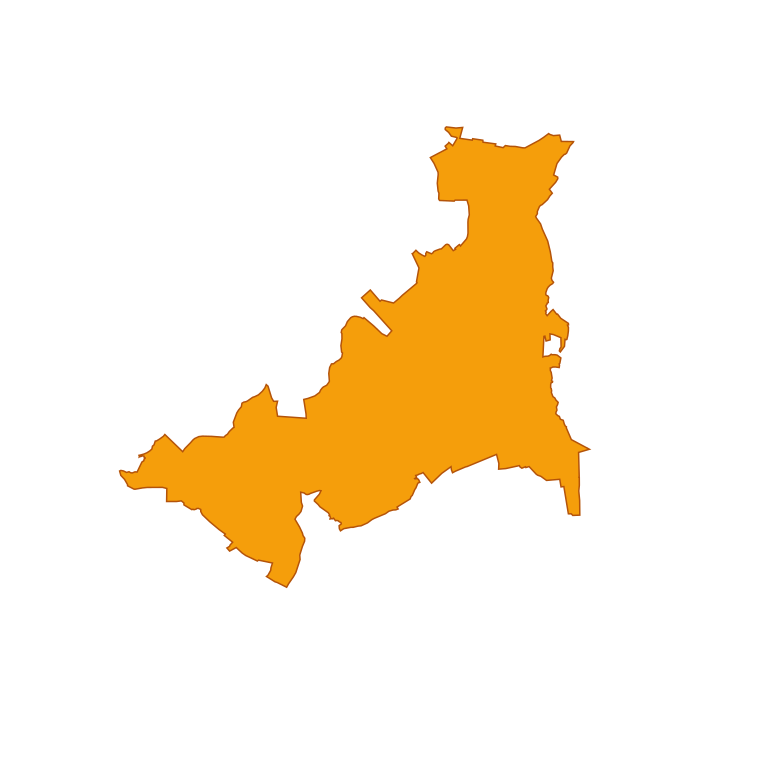 Ungheni, Mures, Romania (Mercator projection), rotated 64°
{"feature_id": "2599482B6625151408486", "entity_name": "Ungheni", "entity_type": "district", "adm_level": 2, "iso_a3": "ROU", "parent_name": "Romania", "parent_adm1": "Mures", "projection": "mercator", "projection_center": [24.431, 46.458], "detail": "fine", "context": "isolated", "style": "filled", "palette": "amber", "viewbox_px": 768, "rotation_deg": 64, "n_neighbors": 0, "source": "geoboundaries", "source_scale": "gbopen_adm2", "svg_char_len": 6170}
<svg xmlns="http://www.w3.org/2000/svg" viewBox="0 0 768 768"><g transform="rotate(64 384 384)"><path d="M394.3,630.9L398.7,621.9L400.2,617.4L403.2,616.0L405.0,616.8L412.7,611.8L412.8,610.6L413.7,609.9L414.1,607.7L413.8,607.0L414.4,605.4L416.4,603.7L418.3,604.6L421.9,604.5L431.4,601.0L442.6,596.0L449.3,592.4L450.1,594.0L459.8,589.4L461.2,592.8L462.2,594.0L462.5,597.1L466.5,596.0L466.2,588.5L473.7,585.6L477.5,583.5L487.6,575.4L487.3,574.0L496.0,562.7L499.7,566.2L501.8,567.5L505.0,572.1L505.5,574.0L514.0,568.7L515.6,567.0L524.0,560.6L521.7,557.3L517.6,550.0L514.8,545.9L505.0,536.4L500.8,534.7L494.2,528.5L490.5,524.3L487.9,522.8L484.7,523.2L482.3,522.7L475.5,522.6L466.5,523.3L464.7,520.8L463.7,517.5L462.2,514.5L458.0,510.7L454.2,510.2L444.7,506.3L446.9,503.6L449.1,502.4L449.8,501.3L450.2,499.7L450.1,498.2L450.9,491.2L451.4,488.8L452.3,487.4L454.7,490.4L457.6,497.3L458.6,497.9L463.5,496.0L466.3,495.4L475.3,490.5L477.9,490.3L478.3,491.1L479.2,490.5L480.9,490.7L481.2,491.4L481.7,491.7L481.9,490.6L482.7,489.2L482.4,488.7L482.5,488.1L485.6,487.6L485.8,486.6L486.7,485.2L488.4,484.5L489.6,483.4L491.0,483.7L491.7,486.5L494.6,487.6L496.9,487.5L496.4,483.6L498.3,476.6L499.3,474.5L500.4,469.5L501.4,466.8L501.6,459.8L500.6,454.5L500.5,451.8L501.2,439.5L500.5,435.3L501.2,431.2L502.3,428.5L502.5,426.1L500.3,426.2L498.8,410.9L497.0,409.0L496.5,407.4L492.3,402.5L491.5,401.0L488.2,397.3L487.9,396.5L488.1,394.9L485.2,394.8L484.1,395.2L483.4,395.9L482.9,397.7L482.5,397.9L482.1,395.6L480.1,395.6L480.5,393.7L480.4,391.9L480.8,389.7L480.7,387.7L494.0,384.7L489.6,371.1L487.7,360.0L490.6,361.0L493.8,361.3L493.7,357.9L494.3,346.4L494.6,345.9L496.6,313.7L505.8,315.6L510.8,318.3L513.4,311.6L516.7,298.1L518.2,298.1L520.1,297.0L520.4,293.1L521.3,293.1L521.8,289.8L531.9,286.7L533.4,285.8L535.7,283.5L541.9,280.2L546.7,267.8L554.1,270.0L555.0,267.3L581.5,275.2L582.8,272.6L584.9,271.9L587.7,265.5L574.4,259.2L565.5,255.8L560.6,252.8L553.5,249.4L553.2,249.7L552.5,249.0L530.8,239.1L532.7,228.0L516.1,240.0L503.4,239.4L502.5,238.8L501.2,239.5L498.9,239.5L495.2,238.8L493.0,240.9L490.0,240.6L488.6,241.7L486.0,242.6L484.8,241.8L483.3,240.0L480.2,239.1L478.5,236.9L476.8,235.5L473.8,236.5L471.4,236.6L469.4,237.7L465.0,237.3L463.6,236.3L461.4,235.7L460.5,235.9L457.5,234.4L456.2,233.3L456.3,231.9L455.5,231.3L454.5,232.1L452.4,230.3L446.8,228.6L444.9,228.6L442.5,227.5L442.8,226.7L442.7,225.0L443.9,222.4L446.0,219.3L444.2,218.1L442.7,217.7L442.5,216.9L438.1,213.6L433.9,215.7L432.6,217.5L431.3,220.2L430.5,220.7L431.0,222.6L430.9,224.3L429.6,227.4L429.3,229.3L411.3,219.4L411.5,218.4L416.4,219.5L417.2,215.3L411.7,212.9L413.8,210.1L419.9,204.7L428.1,208.5L428.9,209.3L429.1,210.2L431.1,211.9L432.5,211.5L429.3,205.3L423.2,201.7L424.0,200.9L424.1,200.1L421.2,197.7L417.3,195.1L414.0,193.4L411.5,193.3L411.7,192.2L410.3,191.7L402.5,196.3L397.2,197.4L397.0,198.2L391.2,199.4L391.9,202.0L394.1,207.4L391.6,207.8L390.4,206.7L389.1,206.9L388.6,205.3L388.0,204.6L384.7,204.3L383.4,202.2L382.9,202.0L382.8,200.6L380.7,199.8L378.6,198.1L377.3,198.0L376.4,198.3L375.5,199.2L374.3,199.3L372.6,198.3L370.1,195.8L369.0,194.2L368.0,191.5L367.7,188.4L366.9,187.0L364.5,187.6L362.2,187.2L356.4,182.3L352.7,181.0L349.1,179.2L347.4,179.4L338.2,176.6L327.3,174.2L314.3,173.8L308.7,173.1L301.5,174.3L299.9,174.2L298.2,171.5L296.2,170.6L292.8,166.7L292.1,165.2L292.1,163.2L290.0,156.2L287.7,152.5L286.3,149.1L281.4,150.0L278.0,141.4L275.7,137.8L274.2,137.2L270.5,139.9L261.7,131.9L257.9,125.0L256.7,121.4L256.9,120.2L256.5,118.6L251.5,112.5L249.9,108.3L249.2,107.4L243.7,118.3L237.3,117.0L235.0,122.9L232.2,125.7L231.1,126.2L232.3,132.5L233.0,137.8L233.6,153.7L232.6,155.7L228.1,161.8L225.7,166.4L222.9,170.4L223.8,173.3L218.8,179.7L217.2,178.3L210.1,189.0L208.2,188.3L202.4,196.8L203.5,197.8L196.4,208.2L187.9,200.8L185.5,207.1L180.3,215.2L180.5,216.4L181.5,217.2L182.2,217.4L186.2,215.6L190.8,214.8L194.0,210.9L194.8,210.4L195.6,211.1L200.0,217.8L195.3,219.8L195.9,220.8L197.0,224.8L200.2,224.4L200.8,243.1L207.6,242.3L217.4,242.6L219.5,243.5L226.9,248.1L234.3,250.8L236.6,251.0L241.6,253.7L243.4,253.6L250.4,240.7L249.9,239.5L255.1,228.8L261.0,229.8L269.4,233.2L272.9,236.2L275.3,237.6L285.3,242.4L288.1,244.4L289.8,246.3L293.5,254.8L291.8,255.0L291.8,255.7L293.1,260.8L294.3,260.6L294.5,263.3L287.2,264.8L286.2,265.8L285.9,266.6L285.9,267.6L287.7,273.2L287.2,274.7L286.7,279.5L286.8,281.3L287.6,282.7L287.8,284.2L283.9,287.6L285.0,289.3L286.4,289.8L287.2,291.4L284.4,293.5L281.3,295.4L277.8,296.7L279.3,300.9L279.2,301.5L295.0,301.7L306.5,310.1L307.1,309.8L307.8,310.4L312.3,328.6L313.6,332.6L315.4,339.9L307.4,349.4L307.9,351.3L293.5,355.1L296.7,366.4L309.4,362.9L313.4,361.2L339.6,353.7L342.4,360.4L337.8,363.9L327.3,367.8L315.6,372.9L316.1,374.1L313.7,376.0L311.0,379.3L310.1,381.1L309.7,382.9L309.8,384.8L311.8,389.5L314.9,393.1L316.6,397.9L317.0,398.4L319.0,399.9L320.1,399.7L325.0,402.0L330.6,405.9L336.7,408.1L337.9,407.7L341.0,409.9L342.1,411.4L342.8,414.2L342.9,417.1L343.7,420.4L342.9,422.4L345.3,425.6L350.3,429.0L357.6,431.9L358.5,433.2L360.0,436.1L360.1,439.9L360.6,441.5L361.7,443.7L363.3,445.6L364.4,451.4L363.6,458.8L362.7,462.9L376.7,467.2L380.7,468.9L366.3,493.8L357.8,491.2L352.8,487.2L351.2,490.8L347.2,491.1L335.1,489.2L332.9,490.1L335.3,492.8L337.2,496.5L338.7,501.6L338.7,505.6L338.4,507.9L339.4,514.1L339.4,515.7L338.8,518.1L339.0,520.1L341.9,522.2L343.7,526.2L345.4,528.9L352.3,536.2L357.3,537.8L357.3,539.0L358.9,543.9L360.5,546.7L360.9,549.4L361.6,550.6L361.3,551.9L355.5,561.9L351.3,570.0L350.1,573.5L350.0,578.1L350.6,580.4L352.0,583.7L354.7,591.3L356.6,594.6L333.3,603.1L334.3,605.2L335.1,609.9L335.4,613.4L335.0,614.6L337.9,617.4L338.4,619.4L340.7,621.1L341.5,623.9L341.9,627.4L341.7,630.5L340.9,634.9L340.3,635.9L341.2,635.2L342.3,636.0L342.2,634.3L342.6,634.3L342.7,632.7L343.7,631.3L345.1,631.8L345.5,631.1L346.0,631.2L346.5,632.6L347.7,633.6L348.0,635.8L354.9,644.5L353.8,646.3L353.6,649.3L352.6,650.7L351.1,651.6L350.6,654.2L348.0,656.2L346.3,658.4L346.3,659.8L350.8,660.6L356.0,659.0L361.9,658.6L363.1,659.1L368.9,654.8L369.5,653.7L371.5,646.7L373.2,642.1L379.8,628.4L382.7,625.0L394.3,630.9Z" fill="#f59e0b" stroke="#b45309" stroke-width="1.5"/></g></svg>